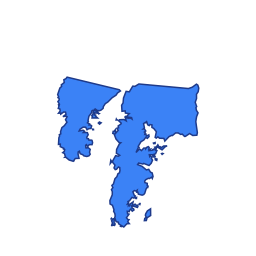 the district of Gao-Bugotu, Isabel, Solomon Islands, rotated 46°
{"feature_id": "97153195B92120906809587", "entity_name": "Gao-Bugotu", "entity_type": "district", "adm_level": 2, "iso_a3": "SLB", "parent_name": "Solomon Islands", "parent_adm1": "Isabel", "projection": "equal_earth", "projection_center": [159.757, -8.429], "detail": "fine", "context": "isolated", "style": "filled", "palette": "blue", "viewbox_px": 256, "rotation_deg": 46, "n_neighbors": 0, "source": "geoboundaries", "source_scale": "gbopen_adm2", "svg_char_len": 6047}
<svg xmlns="http://www.w3.org/2000/svg" viewBox="0 0 256 256"><g transform="rotate(46 128 128)"><path d="M100.3,103.9L103.3,110.4L106.5,114.1L107.2,116.8L111.8,120.7L113.7,118.2L115.5,119.5L118.5,117.1L118.7,120.7L119.6,120.8L123.0,118.2L124.3,118.9L122.8,119.2L121.0,121.2L119.4,121.7L119.8,123.4L121.6,124.3L119.1,125.0L116.2,128.3L116.1,129.7L119.8,129.5L120.2,130.3L119.7,133.7L121.3,134.6L120.5,136.1L122.9,136.7L123.2,140.7L120.4,138.1L120.7,140.3L120.1,141.0L121.3,142.7L122.5,142.1L127.6,144.3L132.3,144.5L133.6,143.5L133.5,145.5L135.5,151.1L138.1,153.9L141.9,152.9L141.6,154.6L139.3,156.1L141.0,161.8L142.0,162.9L145.7,163.2L147.0,165.8L149.1,166.1L149.7,164.9L149.4,162.0L150.7,161.4L153.1,163.4L154.3,165.3L153.9,167.0L155.3,169.8L155.4,172.6L158.1,177.3L158.1,179.5L160.4,180.3L160.8,182.7L162.9,183.5L165.1,185.7L167.6,191.4L170.2,193.7L172.8,192.9L177.1,194.9L177.9,196.2L180.4,196.9L182.6,198.5L183.1,199.7L187.1,201.6L189.0,200.4L190.4,201.3L196.3,199.8L196.1,195.4L197.7,193.5L195.2,193.3L194.6,191.0L193.8,191.7L191.5,191.5L190.7,187.1L189.4,187.9L187.4,186.4L189.0,185.2L188.3,184.1L188.3,182.5L190.8,182.7L191.1,180.6L189.9,180.1L188.3,180.8L187.6,179.8L186.4,179.7L186.7,178.7L184.7,175.7L184.2,179.1L184.9,181.0L184.1,180.9L184.1,181.6L182.8,180.1L182.3,181.2L181.6,179.0L180.9,179.0L181.4,177.3L180.7,173.3L182.4,172.5L182.8,171.4L181.9,170.0L181.4,170.5L177.3,168.8L177.4,166.9L178.9,166.1L179.1,164.6L180.2,166.3L180.9,165.5L182.8,166.5L186.1,164.5L186.8,163.0L186.6,161.3L184.5,157.5L184.0,155.4L184.5,155.1L183.8,153.9L182.7,154.1L181.2,152.6L179.0,153.8L177.8,152.9L177.5,151.2L178.3,148.3L179.2,147.8L179.8,145.2L181.2,145.6L180.2,143.6L177.1,141.8L175.4,142.5L172.1,141.8L170.9,143.9L165.4,144.5L161.0,146.5L160.6,144.7L164.3,142.3L164.4,141.3L169.6,138.9L169.5,135.8L168.2,132.7L166.2,132.3L165.6,131.0L163.5,131.4L163.6,132.2L162.0,131.2L164.4,128.8L165.7,126.1L164.3,122.9L163.3,123.5L162.6,122.3L162.5,123.2L161.5,123.3L161.1,124.0L161.6,124.6L160.7,125.2L160.9,126.0L159.1,128.3L158.8,126.6L158.2,127.8L158.4,128.3L158.5,128.8L156.7,126.3L155.5,126.3L154.9,128.0L155.2,129.6L154.7,129.2L153.4,130.6L153.6,134.0L151.1,134.3L151.2,139.2L149.3,134.5L149.6,133.5L148.3,133.4L146.9,128.3L147.6,124.9L147.1,121.8L148.9,121.3L148.8,118.8L147.4,117.8L146.6,120.3L144.7,119.3L144.2,120.3L143.3,118.9L142.3,119.0L142.5,117.3L139.9,116.8L139.3,117.6L139.3,116.1L135.6,113.7L136.4,110.2L139.3,111.6L141.0,111.1L140.8,109.8L142.4,108.6L144.2,110.4L146.1,109.8L150.4,110.2L153.6,115.0L154.9,114.7L155.1,112.7L157.3,112.4L160.4,109.4L163.0,110.6L162.7,104.5L163.6,101.8L164.3,101.3L164.6,97.2L166.5,95.3L169.2,94.6L170.1,93.2L173.3,93.2L173.9,92.5L174.8,87.5L178.4,86.6L181.0,83.5L179.6,81.4L170.5,74.8L167.5,70.8L165.8,67.1L162.8,66.5L160.5,64.9L160.3,63.7L156.2,61.8L154.4,58.2L151.3,55.3L150.7,52.4L148.5,49.4L145.7,48.0L144.0,48.3L143.3,53.4L141.6,57.1L103.9,89.6L102.9,94.0L101.2,95.5L102.9,101.9L100.3,103.9ZM94.4,107.7L49.1,136.5L49.4,138.3L48.7,140.6L51.0,142.3L50.6,146.0L52.0,146.9L51.9,149.2L55.1,155.4L57.2,156.1L57.5,157.3L58.8,157.0L59.9,157.9L60.3,160.1L63.3,160.8L65.5,164.6L66.9,163.8L68.6,164.9L69.1,167.7L70.5,166.0L71.3,166.7L71.8,163.2L73.2,161.9L75.1,163.1L74.6,166.9L76.5,164.2L77.6,164.0L78.6,167.2L81.4,167.9L82.1,172.2L81.8,175.3L83.8,179.1L85.5,180.4L85.1,182.1L86.2,182.7L87.0,184.5L91.5,189.4L92.6,187.9L94.3,189.7L98.0,188.3L98.3,189.0L99.5,188.5L100.5,189.9L100.4,192.1L102.1,191.4L105.2,193.0L105.2,193.7L105.7,193.1L110.1,192.6L113.9,190.5L113.3,187.1L115.8,184.3L112.0,182.0L110.6,180.4L110.9,179.1L113.3,180.3L115.7,179.1L117.4,179.1L119.9,177.4L120.9,175.4L120.6,173.4L118.7,172.5L117.1,170.0L113.8,170.4L113.9,171.4L113.0,172.1L111.0,170.5L111.1,169.4L112.5,169.7L113.3,169.0L113.0,167.5L115.0,165.4L114.0,163.7L112.2,162.6L111.6,162.5L109.5,164.5L108.2,163.9L107.3,164.8L106.0,164.1L105.2,161.3L103.1,160.4L100.2,163.3L100.1,161.5L98.4,161.8L96.2,165.2L95.5,163.2L96.2,159.7L98.0,157.9L100.8,158.7L101.2,156.8L102.5,155.1L101.3,152.7L99.9,152.8L98.7,153.9L98.4,152.8L96.1,153.6L95.7,151.8L94.9,151.6L92.4,148.0L91.6,143.3L90.6,142.3L90.8,141.1L91.6,140.7L93.4,142.9L93.3,141.9L96.8,139.1L95.5,138.5L92.0,140.0L91.3,139.3L91.6,138.3L93.9,138.0L95.8,136.4L96.4,134.9L96.6,132.3L95.5,130.9L94.7,127.4L95.3,124.5L95.2,118.4L96.1,113.8L95.5,111.2L96.1,107.7L94.4,107.7ZM207.3,179.1L205.8,176.6L206.7,172.5L201.8,167.9L201.1,171.6L202.0,174.8L202.8,176.1L204.8,176.9L204.7,178.8L206.0,180.6L207.3,179.1ZM168.0,112.3L165.7,114.9L165.2,117.7L163.7,117.9L163.3,118.9L160.8,118.2L161.3,120.7L160.4,122.1L161.5,122.3L162.3,120.0L167.4,118.7L167.3,114.4L168.0,112.3ZM99.7,142.9L97.3,143.1L96.2,142.3L95.3,143.2L94.7,142.2L93.4,143.0L94.0,145.5L94.7,145.4L95.8,146.9L99.7,142.9ZM188.4,205.4L185.2,202.6L184.3,200.8L183.2,201.4L183.3,204.2L185.1,205.0L186.4,206.1L187.1,206.9L188.4,205.4ZM191.7,176.4L191.1,175.0L190.2,174.7L189.6,175.7L187.7,175.8L187.2,177.9L187.8,178.5L191.7,176.4ZM105.5,145.8L105.6,143.7L103.8,144.4L103.8,145.9L105.5,145.8ZM171.3,129.9L170.5,128.7L168.8,129.7L169.9,130.5L171.3,129.9ZM167.5,128.4L166.2,128.0L165.5,129.5L166.5,129.8L167.5,128.4ZM141.2,165.3L140.9,163.0L139.2,162.7L141.2,165.3ZM158.0,119.3L157.3,118.6L156.5,120.2L157.1,120.4L158.0,119.3ZM184.6,170.9L183.9,170.1L183.5,171.4L184.3,171.3L184.6,170.9ZM170.8,120.5L170.0,120.9L169.7,121.7L170.7,121.8L170.8,120.5ZM191.3,172.7L190.8,171.8L190.6,171.8L190.5,172.9L191.3,172.7ZM118.9,122.8L118.4,121.9L117.9,121.9L118.0,122.6L118.9,122.8ZM105.3,154.0L104.9,153.7L104.2,154.3L104.8,154.6L105.3,154.0ZM187.1,208.0L187.0,207.2L185.8,206.0L187.1,208.0ZM194.3,201.3L194.8,200.3L192.8,202.0L194.3,201.3ZM114.8,130.1L113.9,130.3L113.5,130.2L114.0,131.0L114.8,130.1ZM188.5,206.3L188.6,204.6L188.4,204.4L188.5,206.3ZM136.8,111.3L137.2,110.8L136.6,110.5L136.8,111.3ZM182.3,202.6L181.4,202.6L181.6,203.3L181.8,203.2L182.3,202.6ZM97.5,139.2L97.6,138.7L97.0,139.0L97.5,139.2ZM63.5,162.1L63.3,161.6L63.2,161.5L63.0,161.8L63.5,162.1ZM114.3,189.8L114.2,189.1L114.3,189.8Z" fill="#3b82f6" stroke="#1e3a8a" stroke-width="1.5"/></g></svg>